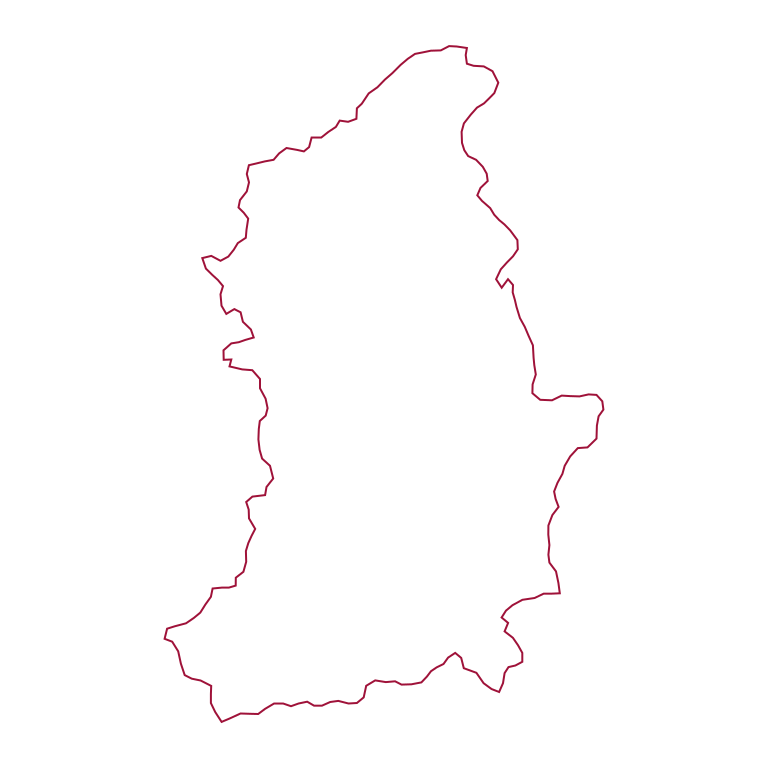 Leandro Ferreira, Minas Gerais, Brazil
{"feature_id": "56859067B40607892676374", "entity_name": "Leandro Ferreira", "entity_type": "district", "adm_level": 2, "iso_a3": "BRA", "parent_name": "Brazil", "parent_adm1": "Minas Gerais", "projection": "albers", "projection_center": [-45.043, -19.668], "detail": "fine", "context": "isolated", "style": "outline", "palette": "rose", "viewbox_px": 768, "rotation_deg": 0, "n_neighbors": 0, "source": "geoboundaries", "source_scale": "gbopen_adm2", "svg_char_len": 3082}
<svg xmlns="http://www.w3.org/2000/svg" viewBox="0 0 768 768"><path d="M221.6,721.9L229.4,718.6L240.5,713.5L249.9,713.8L258.2,714.0L265.0,708.9L274.1,703.5L283.1,703.5L291.0,706.2L298.6,703.5L307.2,701.7L314.1,705.7L321.9,705.7L330.2,702.0L338.3,700.9L348.5,703.5L356.9,703.0L363.7,697.4L366.2,685.8L375.2,680.4L385.8,682.1L395.1,681.3L401.5,684.6L411.4,684.3L421.4,682.4L426.9,676.6L431.0,671.2L436.6,667.4L443.5,664.0L448.1,657.6L455.2,652.9L461.2,657.9L463.8,668.2L476.4,672.8L483.6,683.2L491.5,689.0L499.1,692.0L503.0,683.2L504.6,673.1L508.5,667.1L515.4,665.5L522.3,661.8L522.3,652.9L518.0,645.2L512.9,637.8L504.6,631.4L508.1,622.9L501.6,617.5L506.0,610.6L512.5,605.2L522.4,599.8L534.6,598.0L543.6,593.7L550.5,593.7L559.8,593.3L558.4,582.9L556.0,571.4L549.4,562.6L548.4,554.7L549.4,545.1L548.3,534.6L548.4,525.5L552.4,515.0L558.6,506.9L555.6,498.9L554.1,491.5L557.5,482.8L562.4,473.9L564.7,465.8L570.2,456.4L577.8,448.1L587.5,447.4L596.5,438.6L596.9,425.6L598.6,416.3L603.4,409.6L602.3,401.3L596.5,394.9L588.6,394.4L579.5,396.4L570.0,396.1L561.7,395.6L552.0,400.3L540.2,399.8L532.4,393.2L532.6,384.4L535.8,374.5L534.3,365.2L533.6,357.9L532.9,345.3L528.5,335.6L524.8,326.9L519.9,318.0L516.5,306.9L514.9,300.0L512.7,292.4L513.0,285.0L508.0,279.2L501.7,287.7L496.1,279.2L500.8,269.3L507.0,262.4L513.0,256.3L517.8,249.3L517.4,240.1L510.2,230.4L504.4,224.4L499.2,220.1L494.2,214.7L490.2,208.1L482.0,200.9L477.3,195.3L480.5,187.9L487.7,181.0L486.7,173.7L482.8,166.8L476.1,159.8L468.2,156.1L464.3,150.2L462.0,142.9L461.6,131.8L463.9,123.4L470.8,114.6L477.0,107.6L484.0,103.4L489.5,98.0L494.3,93.1L498.3,82.7L492.5,71.2L483.8,66.4L473.6,65.8L466.9,63.7L465.7,55.1L466.9,48.0L456.7,46.5L449.1,46.1L440.8,50.4L430.9,50.7L422.7,52.4L415.0,53.9L407.8,58.8L400.6,64.9L392.5,73.0L384.9,79.6L377.5,87.2L368.7,93.4L361.8,103.7L356.9,108.3L356.4,118.8L348.1,121.8L339.7,120.6L335.9,126.9L328.5,131.8L321.3,137.5L311.6,137.5L309.1,147.1L303.9,151.4L297.1,149.9L286.5,148.0L279.1,153.4L273.6,159.8L264.8,161.4L256.6,163.4L248.9,165.2L246.8,174.0L249.0,182.4L246.8,191.4L240.0,200.1L238.5,207.5L243.8,212.8L248.2,218.6L246.5,229.7L245.8,237.8L237.8,243.1L233.8,249.7L228.3,256.6L220.5,260.8L211.3,255.9L202.3,258.1L205.9,268.6L212.4,275.0L217.9,280.0L223.0,286.1L220.5,294.3L221.5,305.7L226.3,313.9L234.3,309.1L240.6,312.3L242.9,321.8L250.9,329.5L253.7,337.5L245.4,339.9L238.8,342.2L231.3,343.4L223.5,350.3L223.7,359.8L231.3,359.5L229.5,366.4L242.2,369.4L252.3,370.2L260.0,379.0L260.0,388.3L265.6,398.7L267.6,408.2L265.7,415.6L259.8,421.0L258.8,429.0L258.4,439.4L259.6,449.8L262.1,458.6L270.0,465.8L273.2,478.5L266.5,487.0L265.1,495.1L252.4,496.6L246.2,502.0L248.7,509.6L249.0,518.4L255.2,528.9L251.6,535.8L248.3,543.1L245.9,551.0L246.2,561.8L243.4,571.8L235.8,577.7L235.7,585.6L228.9,587.6L222.0,587.6L212.6,588.5L210.9,596.8L205.4,604.5L200.3,612.6L193.9,617.9L186.0,623.3L174.7,626.3L167.1,628.7L164.6,638.8L172.2,641.7L178.2,651.3L180.9,663.7L184.7,675.1L191.8,678.7L200.6,680.5L211.2,685.9L210.9,693.9L210.9,703.1L215.2,712.0L221.6,721.9Z" fill="none" stroke="#9f1239" stroke-width="2"/></svg>